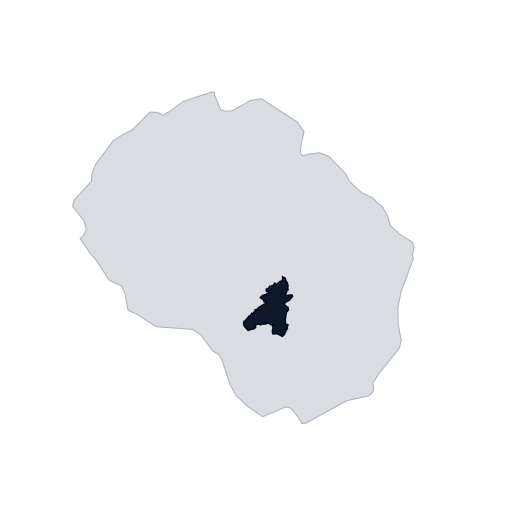 Negotino, Negotino, North Macedonia shown in context, rotated 58°
{"feature_id": "65306769B63258214258120", "entity_name": "Negotino", "entity_type": "district", "adm_level": 2, "iso_a3": "MKD", "parent_name": "North Macedonia", "parent_adm1": "Negotino", "projection": "albers", "projection_center": [22.101, 41.515], "detail": "fine", "context": "in_parent", "style": "filled", "palette": "ink", "viewbox_px": 512, "rotation_deg": 58, "n_neighbors": 0, "source": "geoboundaries", "source_scale": "gbopen_adm2", "svg_char_len": 2871}
<svg xmlns="http://www.w3.org/2000/svg" viewBox="0 0 512 512"><g transform="rotate(58 256 256)"><path d="M234.1,136.4L241.7,137.4L258.5,132.8L268.9,126.2L274.2,125.2L281.2,122.7L291.3,123.1L301.6,126.0L314.6,122.2L327.4,116.0L332.6,117.5L338.2,122.8L341.8,124.2L363.2,151.9L374.9,163.0L388.8,171.5L404.6,177.6L410.2,183.5L420.5,212.9L425.5,224.1L432.2,227.4L433.8,230.6L434.2,234.8L426.8,255.7L424.2,302.2L422.4,305.9L414.4,305.8L403.9,306.8L399.9,310.5L395.8,335.5L378.9,342.8L363.4,346.9L350.4,346.0L327.5,340.2L320.1,339.5L313.7,342.9L293.2,344.7L284.3,349.0L263.1,378.2L241.7,388.2L234.3,393.3L218.0,386.7L210.2,386.0L198.8,393.3L174.0,393.8L167.3,395.1L148.1,396.0L147.4,392.0L143.9,386.0L135.0,383.1L116.8,385.2L112.4,380.9L105.3,355.9L99.6,351.8L93.2,343.4L82.6,316.2L82.5,304.4L83.5,294.1L77.8,269.7L81.7,263.7L87.4,260.0L87.7,250.2L86.4,235.4L93.5,206.5L95.4,204.4L97.1,205.8L113.2,208.4L117.4,204.8L120.2,199.1L121.4,177.9L125.4,168.1L164.5,150.0L176.0,149.4L184.7,158.1L191.6,163.6L195.7,163.5L197.3,158.0L202.1,147.4L210.2,141.4L233.8,136.4L234.1,136.4Z" fill="#d9dde1" stroke="#a8b0b8" stroke-width="1"/><path d="M291.5,265.6L294.3,264.2L294.2,266.1L293.6,266.7L293.9,268.2L293.2,269.8L293.3,271.1L292.9,271.3L293.4,274.4L293.9,274.4L295.1,273.4L296.2,273.6L297.2,272.8L298.8,273.4L299.0,272.6L300.3,272.7L301.5,273.9L301.2,275.0L301.6,275.6L301.0,276.4L301.3,279.4L300.8,280.0L302.0,284.0L301.5,284.3L301.2,285.4L303.0,286.0L302.4,287.0L303.3,289.5L302.4,289.9L303.2,291.7L303.9,292.2L303.2,293.5L305.3,299.8L305.0,300.8L307.1,302.6L308.1,302.4L308.5,303.0L310.3,303.1L311.2,302.4L311.8,302.7L314.9,302.1L315.5,300.2L315.1,299.6L316.5,297.3L316.7,295.8L316.3,294.1L315.1,293.7L314.8,293.2L314.0,293.8L312.5,293.0L314.0,291.4L314.2,290.5L314.7,291.1L315.9,288.8L316.9,288.6L316.8,286.6L317.2,285.8L317.5,286.1L317.8,285.6L317.5,284.8L318.4,284.6L318.9,283.9L317.9,283.4L319.8,281.1L322.7,279.4L322.9,278.4L323.9,278.1L324.6,279.3L325.9,279.4L327.7,281.4L329.7,282.7L331.1,282.9L332.8,279.6L335.8,277.5L338.1,276.4L337.7,273.8L336.8,272.3L336.2,271.9L336.0,270.8L334.8,269.9L334.5,268.2L333.8,268.5L332.9,267.0L332.1,267.2L332.0,266.1L331.4,265.4L329.8,266.6L328.8,266.8L324.4,264.2L323.9,263.3L323.0,263.0L321.5,261.3L320.1,260.5L319.0,257.2L318.3,256.7L316.1,256.1L315.5,256.7L313.7,257.4L312.1,257.6L311.6,257.2L310.8,255.5L311.2,251.3L309.7,246.5L308.1,246.1L306.1,249.8L306.1,250.6L304.5,251.8L302.6,248.9L301.4,248.0L301.7,246.7L299.0,245.6L298.8,244.9L295.0,243.5L294.2,244.0L293.1,243.7L292.7,243.9L292.2,243.5L291.8,243.8L290.9,243.2L289.7,243.1L289.0,243.7L289.5,244.9L289.3,245.4L288.5,244.3L287.9,244.5L291.0,246.6L290.3,249.4L290.9,250.7L290.6,251.2L291.1,253.4L288.8,254.7L290.2,256.7L289.5,258.6L289.7,260.0L288.9,260.5L290.0,262.4L290.1,263.3L289.4,264.2L290.2,265.6L291.5,265.6Z" fill="#0f172a" stroke="#020617" stroke-width="1.5"/></g></svg>